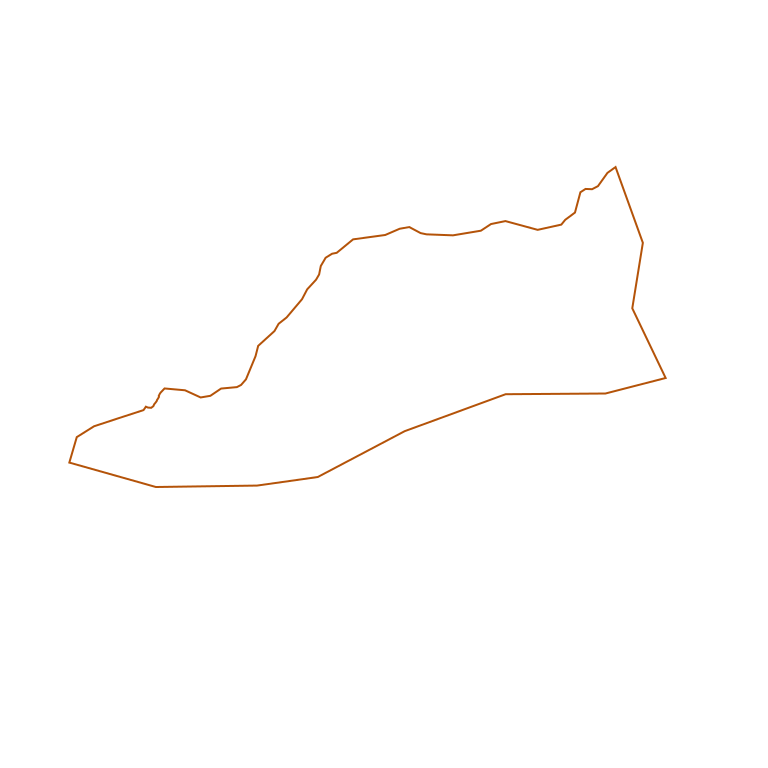 Manas, Talas, Kyrgyzstan, rotated 329°
{"feature_id": "92254566B74004899907305", "entity_name": "Manas", "entity_type": "district", "adm_level": 2, "iso_a3": "KGZ", "parent_name": "Kyrgyzstan", "parent_adm1": "Talas", "projection": "albers", "projection_center": [71.777, 42.691], "detail": "fine", "context": "isolated", "style": "outline", "palette": "amber", "viewbox_px": 768, "rotation_deg": 329, "n_neighbors": 0, "source": "geoboundaries", "source_scale": "gbopen_adm2", "svg_char_len": 1016}
<svg xmlns="http://www.w3.org/2000/svg" viewBox="0 0 768 768"><g transform="rotate(329 384 384)"><path d="M694.2,317.3L684.3,318.1L669.3,324.6L662.7,324.2L657.2,320.6L651.1,320.8L636.0,335.4L623.9,336.6L618.1,338.7L595.1,331.0L572.0,306.9L558.1,302.0L546.0,302.5L519.7,292.1L497.5,277.6L493.1,273.5L486.5,262.5L477.4,259.0L461.8,256.9L432.0,244.1L411.0,247.2L406.6,245.6L399.0,245.7L396.5,247.1L390.6,250.3L384.8,256.7L379.5,259.6L366.9,263.3L357.4,269.1L334.8,276.8L324.7,278.1L317.4,282.2L295.8,286.5L288.2,294.0L268.1,308.9L261.0,311.2L256.3,310.9L242.0,304.0L229.1,304.7L219.9,301.1L210.2,286.9L193.6,274.8L188.2,276.3L187.0,276.8L184.8,278.2L184.5,279.1L182.8,280.1L181.4,280.7L180.3,281.6L178.1,282.5L176.6,283.0L174.9,284.2L172.2,284.5L169.5,282.6L168.2,280.8L166.3,281.7L164.4,282.5L138.4,276.5L113.7,270.9L93.3,271.3L73.8,289.3L135.4,354.8L222.9,405.7L279.3,429.6L377.5,435.1L483.0,455.4L568.9,506.2L628.5,523.9L635.8,447.0L678.6,396.3L694.2,317.3Z" fill="none" stroke="#b45309" stroke-width="2"/></g></svg>